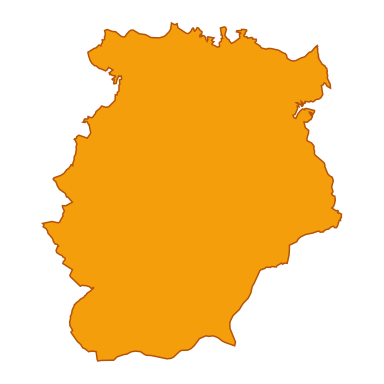 the district of Zalha, Salaj, Romania
{"feature_id": "2599482B19870008229772", "entity_name": "Zalha", "entity_type": "district", "adm_level": 2, "iso_a3": "ROU", "parent_name": "Romania", "parent_adm1": "Salaj", "projection": "albers", "projection_center": [23.526, 47.196], "detail": "fine", "context": "isolated", "style": "filled", "palette": "amber", "viewbox_px": 384, "rotation_deg": 0, "n_neighbors": 0, "source": "geoboundaries", "source_scale": "gbopen_adm2", "svg_char_len": 5784}
<svg xmlns="http://www.w3.org/2000/svg" viewBox="0 0 384 384"><path d="M287.2,263.3L289.0,255.2L289.4,250.0L289.4,245.2L296.6,241.8L298.4,238.9L300.9,236.7L305.7,234.5L312.8,233.0L318.5,231.0L320.2,232.2L323.5,231.9L324.1,230.7L326.6,229.4L328.6,229.1L331.0,227.1L333.2,226.2L334.9,227.7L336.5,227.6L337.7,225.4L339.2,220.5L340.5,220.5L340.4,218.2L341.3,217.7L341.4,214.1L339.1,212.9L338.4,213.3L337.5,212.1L338.3,211.1L337.9,210.5L335.9,210.7L331.9,208.0L333.4,206.6L334.5,203.9L335.3,200.1L334.8,196.2L333.0,195.6L331.6,194.1L331.6,193.4L332.4,192.9L333.0,191.6L331.6,187.0L333.3,180.9L332.3,177.3L330.1,176.1L327.7,173.8L324.7,166.2L324.9,165.7L324.6,163.9L323.8,162.5L315.1,155.1L314.4,153.5L314.6,151.2L313.7,148.6L314.1,146.9L313.8,145.8L311.6,143.0L307.0,140.6L307.0,138.0L308.5,133.2L308.7,130.5L305.3,127.6L304.0,122.0L307.3,122.2L310.2,119.7L310.9,119.6L312.4,116.7L310.4,114.4L309.3,112.2L311.3,112.6L312.6,115.0L314.4,111.9L314.5,110.5L306.3,108.4L305.2,108.6L304.8,108.9L304.9,109.6L304.3,109.7L302.6,108.9L300.4,110.7L298.0,113.8L295.8,118.4L293.9,117.6L293.0,115.3L295.1,114.4L297.6,108.5L297.3,106.2L299.0,106.8L298.3,104.1L296.3,102.8L297.4,102.6L301.1,105.2L301.5,104.4L301.2,101.5L302.9,103.3L301.6,106.1L302.1,106.3L302.7,105.9L303.9,103.2L304.9,103.3L305.2,102.7L304.8,101.8L305.1,101.4L309.4,102.0L310.9,100.9L312.3,101.8L313.6,101.6L315.9,99.6L319.0,99.0L320.6,98.0L322.8,94.6L321.4,85.6L323.0,85.0L324.3,82.8L325.6,83.7L327.1,86.2L330.5,88.2L330.3,85.0L329.6,82.7L328.9,82.0L328.7,80.9L327.4,78.6L327.6,74.9L326.9,72.8L327.3,71.6L326.7,68.3L325.8,67.8L325.0,66.0L322.1,64.1L318.5,58.1L318.4,57.5L318.8,57.2L318.3,56.5L318.5,54.7L317.7,52.8L317.6,48.2L317.0,47.5L317.7,46.4L317.3,45.5L315.3,47.1L311.3,51.8L309.4,52.2L304.9,56.7L300.7,58.1L295.9,60.6L293.1,61.0L291.1,60.6L287.2,58.4L286.5,55.2L285.2,53.5L283.7,53.2L278.6,50.2L270.9,48.5L267.6,48.5L266.4,49.2L261.5,48.0L259.8,45.8L255.2,42.8L254.9,42.2L256.4,41.0L256.3,39.3L252.6,39.0L252.7,38.0L251.8,37.4L247.5,38.2L246.9,36.7L245.0,36.7L243.8,35.9L243.8,35.1L245.2,33.9L245.3,32.5L246.7,30.9L246.5,29.9L243.4,29.4L241.5,29.4L241.6,30.2L241.0,30.5L236.9,30.7L236.4,31.8L240.7,33.0L240.8,33.4L239.4,34.1L239.8,37.9L234.4,41.9L231.4,43.4L229.4,41.0L229.4,40.2L227.0,38.4L225.0,35.7L225.0,34.5L226.4,29.5L225.6,27.4L224.2,26.9L220.4,28.0L221.4,34.0L221.0,34.8L222.2,35.4L222.2,37.1L222.6,38.4L221.2,38.6L221.5,39.7L221.3,41.1L219.4,42.5L219.2,43.3L219.6,46.5L217.5,47.1L212.0,44.4L212.0,43.7L213.9,41.7L212.3,41.2L211.6,40.4L214.0,37.9L207.9,36.8L207.4,37.5L207.9,39.7L207.2,41.4L205.9,39.4L205.3,37.1L204.2,35.9L202.2,35.4L201.5,35.5L201.8,36.3L201.3,36.8L199.7,36.7L200.1,34.8L201.2,34.0L201.5,34.3L202.1,31.9L199.6,29.8L198.6,28.1L197.2,27.6L196.5,29.1L194.7,31.2L194.4,31.0L193.7,28.6L193.1,28.0L192.1,28.9L190.9,31.4L188.8,33.2L188.1,33.6L186.3,33.3L178.1,27.9L177.1,24.6L177.3,23.8L176.9,23.7L175.3,24.6L174.2,24.5L171.5,23.0L170.6,29.3L169.1,31.7L165.3,35.7L163.1,36.8L159.0,37.9L150.9,37.5L145.5,34.6L139.4,33.8L133.2,30.1L130.9,30.2L129.0,31.5L126.6,34.2L125.1,36.6L123.7,37.0L121.1,36.3L115.6,31.7L112.2,31.4L107.2,29.5L104.6,30.5L105.3,33.5L105.0,36.1L104.5,37.0L104.5,39.5L103.6,40.0L102.2,39.8L102.5,42.5L101.3,44.3L100.9,45.9L99.0,45.0L96.2,47.8L94.2,48.4L87.9,52.3L88.6,55.8L90.2,60.6L91.8,63.2L94.4,65.6L96.2,65.9L99.3,68.6L100.5,68.6L105.5,70.9L106.8,70.2L108.7,67.4L112.9,70.0L109.2,72.9L110.2,73.6L109.6,74.2L109.9,74.6L110.3,74.2L112.0,75.3L115.2,75.9L115.6,76.6L112.1,79.2L112.5,79.9L114.2,79.9L113.6,83.6L114.1,83.9L116.2,83.4L117.0,79.6L119.0,75.8L119.9,76.5L121.3,76.0L121.6,79.2L119.5,79.9L119.8,84.6L119.0,85.0L118.9,91.1L117.3,92.4L117.0,95.0L115.3,94.8L115.1,100.4L108.7,106.8L105.9,107.3L101.7,106.0L99.5,108.7L96.1,111.5L95.4,113.6L92.4,117.5L90.8,117.6L88.1,116.5L87.9,117.4L88.3,118.4L87.1,119.1L85.0,118.8L83.9,120.2L83.9,121.3L82.9,122.2L85.1,122.5L85.9,121.4L87.0,121.6L88.7,124.8L89.1,124.8L90.7,132.7L90.1,134.1L87.3,138.1L78.9,135.2L76.7,136.7L76.7,137.8L76.3,138.4L74.7,138.7L74.3,139.5L75.0,139.9L76.9,143.9L76.0,147.2L76.4,148.8L75.5,154.5L74.5,156.0L74.1,157.6L74.0,158.3L74.3,159.0L72.7,163.9L72.8,165.6L71.4,164.7L70.7,165.1L70.8,165.7L68.6,168.5L66.7,169.7L63.9,173.4L60.8,175.4L54.0,177.8L53.2,178.8L53.4,179.6L56.0,182.0L57.4,186.0L59.5,189.3L65.3,193.4L66.6,197.0L67.6,196.8L72.4,202.2L65.9,205.7L62.4,205.7L62.6,207.3L64.4,211.2L62.9,213.7L62.8,216.4L60.4,220.3L59.8,222.1L58.2,222.8L51.9,221.5L42.6,223.4L44.0,224.8L43.1,226.8L46.1,228.7L47.4,230.7L48.0,233.2L52.5,238.5L53.5,241.7L54.6,243.3L55.2,244.1L57.2,244.4L58.6,246.0L58.6,246.4L57.7,246.3L56.1,250.4L56.7,252.6L60.3,254.9L61.7,255.2L63.1,257.2L65.0,257.9L65.1,259.9L63.4,261.6L62.8,263.5L72.4,269.7L69.9,275.2L70.3,276.6L80.3,286.2L81.9,285.4L86.2,285.7L89.6,286.8L91.1,288.3L93.4,287.6L93.4,288.2L90.4,291.0L86.9,293.4L86.1,294.9L84.9,295.6L84.2,297.0L80.3,299.3L77.9,301.7L76.4,302.5L75.9,303.6L74.4,304.5L74.3,305.7L72.3,309.7L71.5,314.1L70.4,316.4L70.5,318.5L69.6,322.3L70.0,324.5L69.8,325.5L72.7,330.5L71.0,331.9L71.4,333.0L77.4,341.5L80.7,344.5L82.7,347.8L85.3,349.0L88.7,351.7L92.1,351.1L96.1,351.6L97.2,359.6L97.8,361.0L101.5,360.4L113.7,360.2L117.2,356.8L123.3,354.7L126.9,354.1L131.2,351.8L135.3,351.1L140.6,351.7L144.4,354.4L146.6,355.3L151.2,355.5L166.9,358.8L170.9,358.4L173.5,357.2L179.3,351.7L181.3,350.4L187.5,350.2L190.9,348.7L194.2,345.7L199.5,338.6L206.0,335.8L208.8,336.4L212.5,335.9L214.4,336.2L218.3,337.9L222.4,341.1L225.0,342.4L234.7,345.8L235.5,342.1L230.0,328.5L229.8,323.5L230.4,320.9L233.0,315.6L239.3,309.6L242.7,304.0L248.3,298.0L250.9,292.8L252.2,286.5L254.2,283.2L259.8,270.8L261.1,269.7L264.8,268.5L266.3,267.2L270.6,267.4L271.6,266.5L276.3,267.0L277.0,265.7L281.6,263.1L282.6,264.2L284.9,263.0L287.2,263.3Z" fill="#f59e0b" stroke="#b45309" stroke-width="1.5"/></svg>